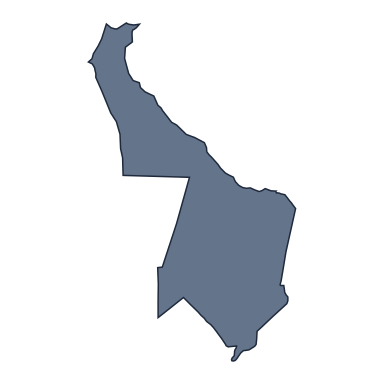 outline of Geisan, Blue Nile, Sudan
{"feature_id": "16777658B89515248440242", "entity_name": "Geisan", "entity_type": "district", "adm_level": 2, "iso_a3": "SDN", "parent_name": "Sudan", "parent_adm1": "Blue Nile", "projection": "robinson", "projection_center": [34.705, 11.239], "detail": "fine", "context": "isolated", "style": "filled", "palette": "slate", "viewbox_px": 384, "rotation_deg": 0, "n_neighbors": 0, "source": "geoboundaries", "source_scale": "gbopen_adm2", "svg_char_len": 2153}
<svg xmlns="http://www.w3.org/2000/svg" viewBox="0 0 384 384"><path d="M158.1,317.6L160.4,315.8L180.2,300.1L183.5,297.5L190.4,304.5L198.1,312.0L200.9,315.2L204.4,318.4L205.9,320.5L206.5,321.3L207.3,322.0L210.5,324.4L213.5,327.6L216.9,332.1L217.8,333.4L221.6,338.5L225.4,344.2L226.2,345.8L228.3,346.9L230.1,346.6L235.8,346.1L236.3,346.0L236.6,346.0L236.6,346.3L236.1,348.1L235.3,349.3L235.1,349.6L234.9,350.3L234.6,351.2L234.5,353.2L234.3,354.8L234.1,355.9L232.2,357.9L231.5,359.8L231.9,360.8L233.5,361.0L235.3,360.4L236.9,358.6L239.3,355.0L241.0,352.7L243.5,350.6L245.0,350.5L248.9,349.9L251.4,348.4L254.7,346.3L256.1,344.4L256.6,339.7L256.8,336.0L257.1,331.2L257.8,330.6L261.5,327.2L263.5,325.3L272.9,316.4L286.8,303.7L287.0,303.1L287.2,302.8L287.4,302.0L287.8,301.1L287.8,300.7L287.9,299.0L287.8,296.9L286.1,294.9L284.7,292.3L284.6,291.1L284.3,289.0L283.8,285.5L280.8,285.5L280.1,284.9L280.8,281.9L281.1,281.0L283.2,268.6L285.9,252.1L295.6,208.6L291.8,203.5L291.7,203.4L291.7,203.2L289.8,201.1L287.7,198.3L286.2,196.4L285.8,195.9L285.3,195.2L285.0,194.8L284.7,194.7L283.9,194.5L282.7,194.2L281.0,193.9L279.5,193.2L277.9,192.9L276.4,192.9L275.7,191.2L275.8,191.1L275.4,191.1L270.9,190.8L268.1,189.7L265.2,188.6L261.8,190.7L259.2,191.5L255.2,190.1L250.3,187.9L246.3,188.3L242.5,187.5L238.7,185.3L235.6,181.9L234.8,180.5L233.4,177.2L228.8,175.0L225.3,173.0L220.5,168.1L218.1,164.6L217.5,163.9L211.9,157.6L208.9,154.6L206.8,151.8L206.5,147.6L204.4,142.7L195.0,137.7L186.2,134.4L176.7,125.1L171.6,122.3L165.9,114.9L162.6,110.7L161.0,107.9L157.9,105.3L153.8,96.0L149.7,94.1L145.0,91.8L140.5,87.6L139.3,82.7L133.2,80.6L128.7,73.6L124.6,58.4L125.4,47.2L132.4,41.9L132.0,34.2L132.2,31.6L132.8,30.0L134.2,29.3L136.2,27.9L139.4,24.2L133.8,25.0L128.6,24.2L126.3,23.0L117.1,28.9L114.9,28.9L111.1,27.8L106.4,24.0L101.6,39.0L98.1,46.1L93.4,53.7L92.0,58.8L88.4,62.0L92.3,63.9L94.6,67.8L95.0,70.2L95.9,73.7L95.8,77.4L101.8,91.0L110.8,113.0L116.4,121.7L120.0,134.3L120.6,148.7L122.6,157.8L123.1,175.4L189.5,177.3L176.5,223.8L162.3,267.1L157.7,267.6L158.3,283.9L158.1,300.9L158.1,315.9L158.1,316.2L158.1,317.6Z" fill="#64748b" stroke="#1e293b" stroke-width="1.5"/></svg>